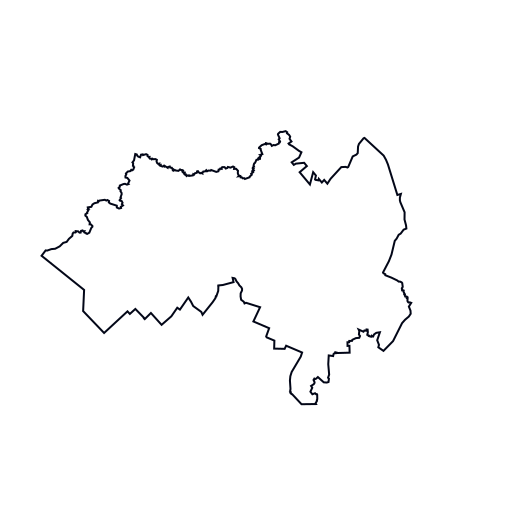 outline of De Wolden, Drenthe, Netherlands, rotated 134°
{"feature_id": "6326949B49446326038856", "entity_name": "De Wolden", "entity_type": "district", "adm_level": 2, "iso_a3": "NLD", "parent_name": "Netherlands", "parent_adm1": "Drenthe", "projection": "orthographic", "projection_center": [6.374, 52.706], "detail": "fine", "context": "isolated", "style": "outline", "palette": "ink", "viewbox_px": 512, "rotation_deg": 134, "n_neighbors": 0, "source": "geoboundaries", "source_scale": "gbopen_adm2", "svg_char_len": 6159}
<svg xmlns="http://www.w3.org/2000/svg" viewBox="0 0 512 512"><g transform="rotate(134 256 256)"><path d="M331.0,120.3L320.8,110.0L320.5,110.9L317.8,111.5L317.5,112.1L316.4,112.5L313.3,115.6L313.1,116.3L313.7,116.8L313.7,118.2L316.3,119.4L315.8,122.6L311.7,124.0L311.2,126.1L308.1,125.4L306.7,125.7L306.1,126.2L305.2,128.5L303.9,128.8L304.0,128.2L302.3,127.5L300.1,127.4L299.8,119.5L297.9,117.2L296.3,116.3L293.6,118.3L293.5,119.6L290.5,121.0L283.6,128.9L277.0,134.6L274.4,131.0L272.7,132.1L271.3,132.0L270.8,131.4L270.1,132.0L269.3,130.6L269.6,130.4L260.5,121.5L255.7,126.4L257.1,127.7L254.5,130.3L253.3,129.1L252.3,129.9L250.4,128.0L249.4,128.5L245.7,127.1L243.1,124.9L241.3,125.6L241.0,127.4L238.2,129.6L237.6,131.1L235.8,126.1L234.3,126.3L233.2,124.8L232.1,125.5L231.4,124.6L233.1,122.6L235.4,121.2L234.8,119.4L235.2,119.2L234.1,117.1L233.0,117.4L232.9,116.2L232.6,115.8L230.4,116.6L227.7,116.1L224.8,113.9L232.4,110.3L234.5,105.8L236.7,104.6L235.7,98.4L222.0,98.3L202.8,104.3L198.3,104.5L193.4,104.0L190.1,104.6L188.0,106.9L186.2,110.9L181.9,111.8L182.5,113.2L183.5,114.0L183.5,114.8L183.1,115.9L181.4,117.3L181.6,118.0L180.4,118.3L180.5,119.5L181.5,120.3L181.1,121.5L180.1,122.2L180.5,122.9L179.6,123.8L179.3,125.0L178.3,125.7L179.2,127.0L178.4,127.5L178.5,128.0L177.9,128.7L176.3,129.0L173.9,132.0L173.8,133.0L174.4,134.7L175.3,135.6L175.5,137.5L177.5,143.6L180.0,149.6L179.3,150.4L179.9,152.3L179.6,153.2L167.4,156.8L160.9,159.5L148.7,166.7L145.8,166.9L141.6,168.1L139.4,167.5L134.5,168.1L131.8,166.9L129.7,169.4L126.6,174.5L121.3,179.5L117.0,189.6L116.0,191.2L114.0,193.1L110.7,194.9L113.9,196.7L98.5,224.7L96.5,229.3L95.1,233.9L95.7,260.0L96.6,260.4L103.9,259.8L106.4,258.6L111.3,254.3L113.3,254.2L117.2,255.6L127.9,251.5L128.8,251.7L129.6,253.4L132.8,256.4L148.6,256.0L154.4,254.9L153.9,259.8L157.4,259.7L156.9,264.4L158.2,263.6L159.9,266.1L159.9,266.7L156.5,268.8L156.0,273.1L167.1,266.9L165.4,282.8L156.0,281.9L155.5,286.1L161.9,291.5L164.2,292.1L163.8,295.4L155.3,293.4L149.8,295.4L150.5,298.0L151.6,305.9L152.7,309.7L152.5,310.7L149.0,310.0L148.4,313.3L146.4,314.3L145.9,316.3L146.2,319.0L145.3,319.5L145.6,321.4L148.5,323.2L149.9,324.8L152.7,325.0L153.4,324.6L154.9,320.8L156.3,320.7L156.9,318.2L157.6,317.9L158.0,318.5L159.3,317.7L163.0,319.1L164.0,320.5L165.8,321.1L165.3,322.8L165.4,323.9L167.6,325.9L167.5,326.6L167.9,327.2L168.7,326.4L169.4,327.5L172.4,328.9L175.9,329.1L176.3,328.8L175.7,327.0L176.5,326.1L178.3,322.2L180.3,323.2L180.1,322.3L180.4,322.0L183.0,322.2L182.6,321.2L183.4,320.6L184.7,321.9L185.2,321.4L186.5,322.5L189.6,321.4L190.7,321.6L192.5,320.7L193.1,319.4L194.4,319.8L195.1,319.4L194.9,318.3L195.9,318.2L196.0,317.1L196.8,317.4L196.7,316.9L197.1,316.7L197.9,317.0L197.9,316.3L200.2,316.6L200.5,315.5L203.3,315.7L203.9,315.3L208.3,317.5L208.2,318.5L209.4,319.6L209.3,321.0L210.1,321.7L209.3,322.8L210.7,323.9L209.9,323.9L209.8,325.3L209.0,326.7L207.2,328.2L207.1,330.9L208.6,332.3L207.2,333.3L207.6,334.7L210.1,335.7L211.5,338.1L212.6,337.8L214.1,338.5L213.9,340.3L215.5,342.0L216.3,342.1L217.2,341.2L218.1,342.5L219.0,342.2L219.8,342.9L221.2,341.9L223.1,343.0L225.3,348.0L226.1,347.9L227.5,349.5L229.2,350.1L229.4,350.8L228.9,350.7L228.8,351.4L230.5,351.4L231.9,352.6L233.0,352.3L233.7,352.8L234.0,352.2L234.4,353.2L235.3,353.6L235.6,355.4L235.3,356.7L236.0,357.2L237.3,356.4L238.9,357.4L240.5,357.1L240.7,358.0L241.9,357.4L244.8,359.7L244.5,360.1L245.4,361.1L246.7,361.5L246.1,363.0L246.7,363.2L246.9,364.2L245.4,365.2L246.1,366.3L246.5,366.1L246.5,367.5L246.1,368.0L245.2,367.9L245.2,368.4L246.4,370.0L246.5,370.8L248.6,370.9L250.3,373.2L250.5,374.3L251.9,374.5L252.2,375.3L251.1,376.2L251.4,377.0L251.0,377.8L252.0,379.1L251.5,380.2L253.1,381.1L253.9,380.7L254.7,384.6L255.4,384.3L255.5,385.1L256.6,385.4L257.4,387.2L256.8,387.7L257.7,388.1L257.7,388.8L256.6,389.7L257.7,390.4L257.8,391.7L257.1,393.2L255.7,394.1L256.1,395.6L257.8,397.2L257.9,398.0L258.9,398.1L258.8,399.0L259.7,400.0L259.4,401.4L258.8,401.6L259.3,402.1L259.5,403.4L258.6,404.3L259.1,405.8L261.9,407.4L261.6,408.1L263.0,409.1L265.5,407.9L266.3,409.7L266.3,411.2L265.8,412.3L266.5,413.7L271.9,410.2L274.5,409.9L274.6,408.8L276.6,407.2L276.4,406.6L276.9,405.9L276.8,405.3L279.1,404.3L280.6,404.7L280.7,405.6L282.3,405.4L284.3,406.9L287.0,406.9L287.3,406.1L289.2,405.5L290.2,404.4L289.2,402.8L289.6,399.4L292.9,398.3L292.9,397.7L294.3,398.4L295.1,400.4L296.3,401.3L299.9,402.9L300.9,402.0L302.4,402.2L302.7,401.7L302.6,399.0L303.6,398.4L303.9,396.7L304.8,395.6L308.0,394.1L308.1,393.3L310.6,392.9L310.7,392.3L309.8,390.8L310.4,389.0L311.9,388.5L312.0,386.8L314.5,387.4L315.2,386.4L317.0,387.5L317.8,389.8L316.5,391.1L319.5,397.2L319.7,399.1L318.5,399.9L319.0,401.8L320.1,402.2L320.6,403.8L325.0,407.2L325.8,407.1L326.1,407.9L327.3,407.0L330.3,408.9L332.5,409.4L335.0,408.6L337.9,410.8L338.6,409.9L338.5,408.9L339.6,409.2L339.7,408.3L342.2,407.7L342.4,407.2L344.5,407.7L345.5,406.8L345.4,404.8L346.8,402.0L347.2,398.9L348.8,397.7L348.0,396.9L348.0,394.6L348.6,394.0L350.2,394.0L355.0,392.1L357.4,392.8L357.8,393.7L357.6,394.5L358.3,395.6L358.1,396.7L357.5,396.8L358.3,397.6L358.1,398.5L359.4,399.3L361.0,398.4L361.8,399.2L361.8,401.0L363.2,402.8L363.5,402.2L364.5,402.2L365.8,403.6L367.1,403.5L369.2,402.1L373.5,402.5L377.4,402.0L380.5,403.8L385.4,403.9L390.3,405.5L393.2,408.0L397.2,410.0L398.1,411.2L404.8,410.4L399.8,356.1L415.7,342.1L416.9,311.8L385.1,310.0L385.3,306.5L377.9,306.0L378.3,293.1L378.7,293.1L378.7,292.2L370.0,292.0L371.1,276.1L358.2,275.0L347.9,276.7L347.4,273.5L332.9,275.9L334.0,271.1L335.6,266.4L334.2,256.5L335.4,253.6L319.4,255.1L314.6,255.9L312.9,256.9L312.6,256.5L307.4,258.9L303.6,262.3L304.0,263.2L299.9,259.7L290.4,254.0L288.0,257.6L286.9,255.9L286.9,254.8L287.8,252.3L288.0,249.9L288.7,247.5L288.7,244.8L289.3,243.2L290.5,242.1L293.5,241.1L295.8,239.0L297.8,236.3L297.4,233.0L298.1,231.3L296.6,230.7L290.0,217.5L304.9,212.4L298.8,196.4L306.8,192.8L307.1,191.8L304.1,184.0L310.0,178.6L302.9,170.9L299.6,172.0L293.4,155.8L297.3,153.9L314.6,149.8L318.6,147.8L322.0,145.1L327.8,138.7L328.9,138.1L329.7,136.6L330.2,136.9L330.7,135.8L330.6,134.4L330.3,134.1L331.0,120.3Z" fill="none" stroke="#020617" stroke-width="2"/></g></svg>